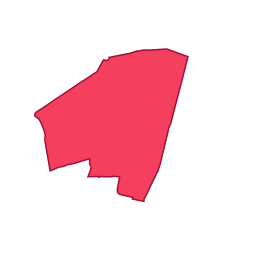 outline of Al Zaytun, Al Qahirah, Egypt, rotated 328°
{"feature_id": "37247803B62499095418831", "entity_name": "Al Zaytun", "entity_type": "district", "adm_level": 2, "iso_a3": "EGY", "parent_name": "Egypt", "parent_adm1": "Al Qahirah", "projection": "orthographic", "projection_center": [31.299, 30.1], "detail": "fine", "context": "isolated", "style": "filled", "palette": "rose", "viewbox_px": 256, "rotation_deg": 328, "n_neighbors": 0, "source": "geoboundaries", "source_scale": "gbopen_adm2", "svg_char_len": 3077}
<svg xmlns="http://www.w3.org/2000/svg" viewBox="0 0 256 256"><g transform="rotate(328 128 128)"><path d="M177.1,67.7L170.0,65.8L169.5,65.7L169.0,65.6L163.8,63.6L149.5,58.2L149.3,58.1L149.2,58.2L149.1,58.6L148.9,58.8L148.7,59.0L148.4,59.3L148.1,59.4L147.9,59.5L147.7,59.6L147.3,59.7L147.0,59.8L146.8,59.8L146.5,59.7L146.3,59.7L146.0,59.6L145.8,59.5L145.6,59.4L145.4,59.3L145.3,59.1L145.1,59.0L144.9,58.9L144.8,58.7L144.6,58.5L144.5,58.4L144.4,58.2L144.2,58.0L144.1,57.8L143.9,57.6L143.7,57.4L143.4,57.4L143.2,57.4L142.7,57.5L141.9,58.0L131.6,63.8L115.8,64.2L110.7,64.2L102.9,64.5L96.8,64.7L89.7,65.0L81.3,65.2L71.8,65.6L64.9,65.9L62.7,65.8L62.4,65.8L62.0,65.9L61.4,65.9L59.5,65.9L57.7,65.9L56.6,66.9L55.6,67.9L55.3,68.2L55.4,68.4L55.6,69.2L55.7,69.6L55.9,70.0L56.6,71.7L57.0,73.1L57.1,74.4L57.1,75.7L56.9,77.7L56.5,80.6L55.9,83.8L55.2,86.5L55.1,86.9L55.0,87.3L54.4,89.3L53.8,90.5L52.8,91.9L51.8,93.0L50.8,94.9L49.8,97.1L48.3,100.7L45.7,107.2L45.0,109.0L41.7,117.1L39.3,123.1L39.8,123.2L40.2,123.4L43.4,123.7L46.4,124.2L47.9,124.4L49.6,125.0L51.4,125.7L53.1,126.4L54.5,126.7L57.3,127.1L58.9,127.8L60.3,128.4L65.7,130.1L69.0,130.9L75.4,132.7L79.1,133.7L77.7,136.2L76.6,137.7L76.5,138.1L76.3,138.4L76.2,139.2L76.2,140.7L76.1,141.0L76.1,141.3L75.8,142.0L75.6,142.2L75.4,142.4L73.5,144.2L68.2,148.1L77.0,153.3L76.9,153.6L76.7,153.8L77.7,154.4L77.8,154.2L79.3,154.9L81.7,156.5L87.7,160.4L87.9,160.5L88.1,160.6L88.3,160.7L88.5,160.7L88.8,160.7L89.0,160.8L89.4,160.9L89.6,161.0L95.0,164.9L86.8,174.0L86.3,174.5L85.9,175.0L85.3,176.4L85.3,176.6L85.2,176.9L85.2,177.2L85.1,177.4L85.1,177.7L85.1,177.9L85.2,178.2L85.2,178.4L85.3,178.7L85.4,178.9L85.5,179.2L85.6,179.4L85.7,179.6L85.8,179.8L86.0,180.1L87.5,181.7L91.4,185.5L95.4,189.5L95.1,189.8L94.8,190.1L94.1,190.7L94.5,191.0L94.8,191.2L100.0,196.2L102.6,198.6L102.8,198.4L103.0,198.3L103.0,198.0L103.0,197.8L103.1,197.6L103.2,197.4L104.6,196.5L109.5,193.6L114.7,190.2L117.6,188.3L117.9,188.1L118.0,188.0L118.3,187.9L118.6,187.7L118.8,187.6L119.0,187.5L119.3,187.3L119.5,187.1L119.9,186.9L120.1,186.7L120.3,186.6L120.6,186.4L120.9,186.2L121.2,186.0L121.5,185.9L121.9,185.6L122.0,185.5L122.2,185.4L122.4,185.3L122.5,185.3L122.6,185.2L122.8,185.1L123.0,184.9L123.4,184.7L123.6,184.5L123.9,184.4L124.2,184.2L124.4,184.1L124.6,183.9L124.9,183.7L125.1,183.6L125.4,183.4L125.8,183.2L126.1,183.0L126.5,182.8L126.8,182.6L127.1,182.4L127.5,182.2L127.9,181.9L128.2,181.7L128.6,181.5L129.0,181.2L129.3,181.0L129.6,180.9L129.9,180.7L130.0,180.6L130.4,180.4L130.6,180.2L130.8,180.1L131.0,179.9L133.0,178.3L136.2,175.6L137.2,174.7L137.3,174.5L137.5,174.3L163.5,148.8L164.5,148.2L164.8,148.0L165.2,147.7L166.0,147.4L168.3,145.2L197.4,117.7L197.6,117.5L197.8,117.4L199.6,115.7L201.0,114.3L210.6,105.1L211.5,104.2L216.7,99.3L214.9,97.1L207.9,88.1L203.6,82.6L203.5,82.4L203.3,82.2L203.1,82.0L202.9,81.8L202.7,81.6L202.3,81.3L202.1,81.2L201.8,81.0L201.6,80.9L201.4,80.8L201.2,80.7L187.8,73.5L187.6,73.4L187.4,73.2L185.4,71.9L181.9,69.8L179.7,69.0L177.5,68.5L177.1,68.4L177.1,67.9L177.1,67.7Z" fill="#f43f5e" stroke="#9f1239" stroke-width="1.5"/></g></svg>